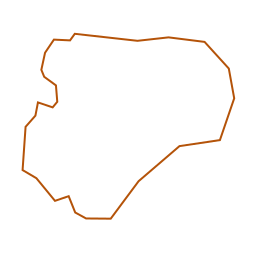 outline of Rotherham, rotated 97°
{"feature_id": "GBR-5686", "entity_name": "Rotherham", "entity_type": "Metropolitan Borough", "adm_level": 1, "iso_a3": "GBR", "parent_name": "United Kingdom", "parent_adm1": "", "projection": "orthographic", "projection_center": [-1.276, 53.384], "detail": "fine", "context": "isolated", "style": "outline", "palette": "amber", "viewbox_px": 256, "rotation_deg": 97, "n_neighbors": 0, "source": "natural_earth", "source_scale": "10m", "svg_char_len": 482}
<svg xmlns="http://www.w3.org/2000/svg" viewBox="0 0 256 256"><g transform="rotate(97 128 128)"><path d="M80.8,221.1L63.4,219.5L49.3,212.3L48.1,196.2L41.0,192.3L40.3,129.2L33.1,98.8L33.2,62.5L56.7,35.2L85.6,26.2L128.8,35.3L139.7,74.7L179.5,111.0L220.1,134.1L222.9,158.6L218.3,170.1L202.9,178.6L209.2,191.6L189.0,212.8L182.6,227.5L139.3,229.8L127.0,221.4L113.6,220.5L116.7,205.3L110.6,201.4L94.5,204.7L87.4,217.4L80.8,221.1Z" fill="none" stroke="#b45309" stroke-width="2"/></g></svg>